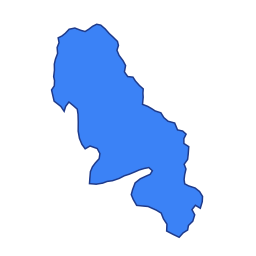 the district of Tiradentes, Minas Gerais, Brazil, rotated 195°
{"feature_id": "56859067B53051915748511", "entity_name": "Tiradentes", "entity_type": "district", "adm_level": 2, "iso_a3": "BRA", "parent_name": "Brazil", "parent_adm1": "Minas Gerais", "projection": "orthographic", "projection_center": [-44.158, -21.116], "detail": "fine", "context": "isolated", "style": "filled", "palette": "blue", "viewbox_px": 256, "rotation_deg": 195, "n_neighbors": 0, "source": "geoboundaries", "source_scale": "gbopen_adm2", "svg_char_len": 1573}
<svg xmlns="http://www.w3.org/2000/svg" viewBox="0 0 256 256"><g transform="rotate(195 128 128)"><path d="M37.4,69.2L37.2,76.1L38.3,81.2L42.4,85.1L47.6,87.4L54.7,87.8L58.8,88.8L60.5,92.8L61.2,97.6L61.4,103.4L64.4,107.5L62.3,113.1L63.1,118.5L64.5,125.7L70.0,127.5L71.3,132.2L70.3,137.1L74.4,139.2L79.7,139.0L84.2,144.9L91.1,144.9L96.1,147.3L100.2,151.2L106.2,151.5L110.1,152.8L114.6,154.0L120.1,154.6L121.3,161.6L122.6,165.5L123.4,169.7L128.0,172.0L133.0,175.3L136.4,178.4L141.6,177.6L146.0,181.3L146.5,187.7L150.2,191.7L155.4,195.8L158.8,200.2L158.6,205.3L160.6,208.9L166.4,212.2L170.5,214.3L175.7,217.8L180.9,220.3L185.1,220.1L188.5,217.1L191.5,213.2L194.4,210.1L198.7,210.1L205.2,210.8L210.4,208.2L213.1,203.2L215.6,199.8L218.8,197.0L216.7,192.6L217.3,187.4L215.3,181.8L215.9,175.7L215.7,170.6L214.0,164.8L213.1,158.4L211.2,154.7L210.1,149.6L211.7,145.0L209.5,140.8L206.3,134.8L198.5,131.5L194.0,127.6L193.8,132.8L191.8,137.8L186.7,135.5L181.9,133.1L179.8,128.3L177.6,120.9L175.3,112.0L172.2,105.4L168.3,100.3L164.0,96.8L160.0,100.8L152.4,100.2L148.5,96.0L147.9,90.9L150.5,85.8L152.3,81.3L153.0,76.1L151.8,69.4L150.8,64.3L144.2,65.5L138.2,68.2L134.3,71.0L129.3,73.1L123.5,77.0L119.2,80.9L114.7,83.8L109.9,87.5L106.3,90.4L101.9,93.1L97.6,95.2L93.4,93.0L94.6,89.0L98.1,86.2L103.0,82.1L106.9,76.8L107.6,69.8L107.6,64.5L104.5,60.4L99.6,55.5L94.1,56.4L88.2,57.4L79.5,56.0L73.9,54.4L70.3,49.5L65.5,45.2L64.0,38.5L56.8,36.9L50.3,35.7L47.6,41.0L44.0,44.9L44.4,49.5L41.3,54.8L41.1,61.4L45.1,65.7L42.9,70.8L37.4,69.2Z" fill="#3b82f6" stroke="#1e3a8a" stroke-width="1.5"/></g></svg>